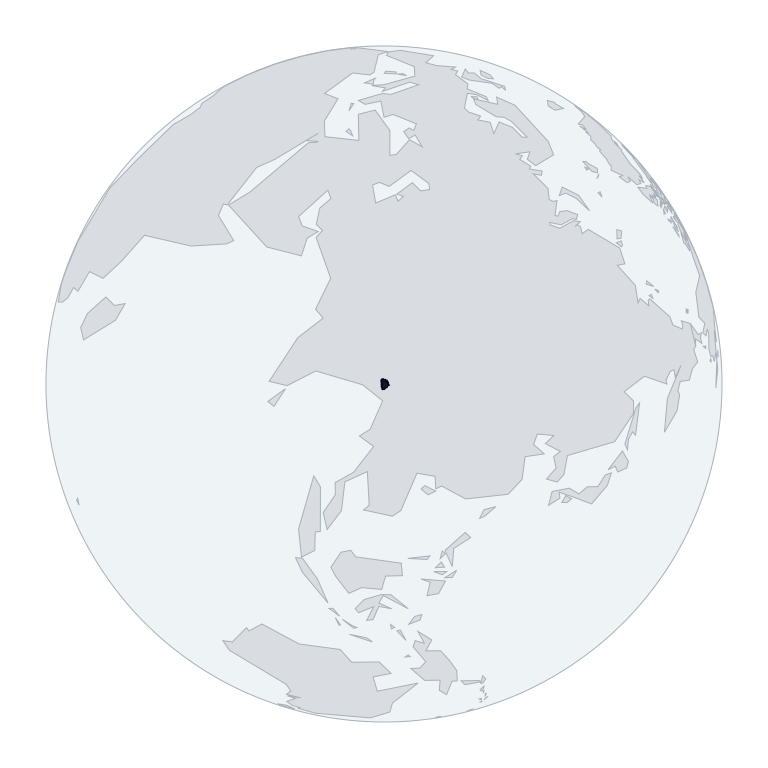 globe centered on Rajshahi, rotated 56°
{"feature_id": "BGD-3255", "entity_name": "Rajshahi", "entity_type": "Division", "adm_level": 1, "iso_a3": "BGD", "parent_name": "Bangladesh", "parent_adm1": "", "projection": "orthographic", "projection_center": [88.991, 24.559], "detail": "fine", "context": "on_globe", "style": "filled", "palette": "ink", "viewbox_px": 768, "rotation_deg": 56, "n_neighbors": 0, "source": "natural_earth", "source_scale": "10m", "svg_char_len": 12185}
<svg xmlns="http://www.w3.org/2000/svg" viewBox="0 0 768 768"><g transform="rotate(56 384 384)"><circle cx="384" cy="384" r="338" fill="#eef3f6" stroke="#a8b0b8"/><path d="M506.0,68.9L505.9,68.8L520.5,77.4L535.1,84.9L524.1,80.3L558.5,99.1L572.9,111.2L550.5,94.8L543.4,91.3L550.1,97.6L544.3,95.6L544.2,97.8L536.7,95.1L524.2,86.8L519.1,85.2L524.1,90.0L519.7,91.0L513.1,84.1L504.8,85.6L482.3,74.2L470.8,61.8L452.1,56.9L423.9,48.9L420.3,48.9L407.3,47.2L398.3,46.9L395.6,46.5L390.8,46.8L395.0,47.4L394.2,48.0L389.3,48.2L385.0,47.2L386.9,47.0L383.0,46.9L383.0,46.6L380.3,46.9L375.6,46.3L372.9,47.3L363.1,47.4L362.0,47.0L371.7,46.4L376.3,46.2L402.8,46.6L429.1,49.1L455.2,53.7L480.9,60.3L506.0,68.9ZM546.9,91.4L542.6,88.2L548.8,92.1L546.9,91.4ZM545.5,98.6L548.6,100.4L547.2,100.9L545.5,98.6ZM534.5,97.5L531.3,98.3L532.4,96.0L534.5,97.5ZM372.0,46.3L371.6,46.3L368.0,46.5L372.0,46.3ZM528.1,97.8L520.7,100.7L526.9,104.4L505.3,96.2L518.7,95.9L519.0,92.3L522.9,95.9L528.1,97.8ZM398.4,47.6L393.7,46.9L402.2,47.5L398.4,47.6ZM404.0,47.9L430.9,50.4L435.4,52.1L425.4,50.6L434.8,53.3L423.7,52.8L416.1,51.2L415.4,50.0L411.7,50.9L404.0,47.9ZM494.5,91.7L490.9,91.6L492.3,90.2L494.5,91.7ZM394.6,48.3L399.6,48.4L403.8,49.7L394.5,49.9L396.1,49.3L394.6,48.3ZM442.7,54.6L444.2,56.1L435.6,55.9L435.0,56.6L423.9,53.0L442.7,54.6ZM392.7,49.1L389.6,50.0L383.2,49.7L389.9,48.4L392.7,49.1ZM408.9,50.1L410.4,50.9L406.5,50.5L408.9,50.1ZM358.6,50.3L364.5,49.7L367.2,50.2L358.6,50.3ZM388.9,50.4L391.2,50.6L392.9,50.9L389.6,51.5L388.9,50.4ZM418.6,53.4L414.7,53.3L422.7,54.8L416.6,55.3L410.3,53.0L410.5,54.2L408.6,54.4L405.5,52.4L418.6,53.4ZM391.5,53.3L381.3,51.4L369.7,52.0L367.0,51.4L386.2,50.6L391.5,53.3ZM400.0,52.8L394.1,52.9L393.7,51.8L397.5,51.1L400.0,52.8ZM414.8,56.6L425.8,56.4L426.8,57.0L414.8,56.6ZM388.2,53.6L390.7,54.1L387.4,53.7L388.2,53.6ZM406.7,55.7L410.4,55.5L411.5,56.1L406.7,55.7ZM392.7,55.6L389.4,54.8L391.8,54.2L392.7,55.6ZM399.2,55.8L399.7,56.7L394.7,54.4L400.7,55.5L399.2,55.8ZM407.1,56.4L408.9,56.7L405.4,56.4L407.1,56.4ZM385.3,58.9L378.3,56.1L383.8,54.4L389.7,57.3L385.3,58.9ZM88.3,220.4L110.8,194.6L107.8,204.6L119.9,217.9L119.8,223.0L108.6,236.1L109.9,270.8L121.8,262.6L132.6,286.4L146.0,294.6L168.0,268.6L146.1,254.5L151.9,238.2L177.2,237.4L197.7,251.3L200.6,245.5L195.7,226.2L208.7,219.7L195.0,218.9L194.4,226.4L185.8,226.5L185.8,219.9L190.4,217.5L186.5,211.6L165.7,225.7L162.9,234.8L147.7,228.4L141.6,243.3L134.6,246.6L142.3,222.8L147.8,216.3L155.3,187.9L148.1,193.9L140.6,221.6L139.2,217.4L129.5,227.4L135.9,216.6L146.0,186.3L137.8,181.4L113.0,198.2L111.2,194.9L116.2,184.2L139.6,159.3L141.0,169.7L149.3,162.5L161.3,147.4L160.7,152.3L165.8,147.9L167.5,151.8L182.1,146.6L185.7,150.1L203.0,138.6L207.3,139.2L195.8,145.5L189.7,152.4L200.1,162.9L205.5,162.0L216.0,154.1L217.5,158.6L226.3,149.7L238.0,153.0L231.1,142.0L243.2,134.0L256.6,131.5L259.4,127.3L237.6,131.5L230.0,135.3L225.4,141.3L203.7,151.6L197.6,150.4L215.7,133.3L209.1,130.2L226.1,119.6L274.6,112.2L288.8,115.2L287.8,136.2L277.8,139.5L273.1,133.2L266.7,146.2L272.3,141.6L273.6,145.9L285.5,140.5L287.0,143.3L295.9,133.8L299.0,136.8L293.3,142.7L313.6,138.7L323.3,143.9L327.2,141.8L328.6,138.0L339.9,147.9L342.2,146.0L339.5,141.9L342.3,135.6L351.8,128.7L355.2,132.5L352.2,135.5L351.1,148.1L342.7,156.3L345.1,157.2L353.2,151.1L354.6,135.6L359.3,130.5L360.1,137.4L360.2,134.5L363.6,133.2L370.2,135.7L370.0,128.2L403.1,112.6L419.1,117.1L416.1,124.2L442.8,120.5L458.8,128.0L456.2,123.8L467.2,120.7L462.4,118.2L462.0,116.1L488.1,109.4L496.8,111.5L505.1,106.0L503.8,104.2L497.8,102.1L505.3,96.2L526.9,104.4L528.8,108.0L541.1,111.6L543.8,119.7L551.6,128.8L547.5,137.0L554.1,144.2L558.2,144.9L570.1,156.1L580.8,178.5L554.4,157.1L534.8,127.5L541.2,138.7L534.5,135.6L533.5,139.5L538.5,148.1L542.4,149.4L523.2,163.7L524.7,189.3L537.5,186.6L547.9,193.5L560.8,225.1L545.9,271.9L559.7,285.5L562.1,295.3L553.7,302.4L549.9,288.2L539.2,284.0L538.4,275.5L523.6,283.6L521.7,271.9L511.2,284.9L517.8,293.8L531.5,290.2L523.2,307.7L540.3,322.9L544.8,342.8L525.0,380.5L500.8,393.3L499.9,399.7L489.0,393.3L476.4,406.6L498.3,440.7L498.3,450.9L477.0,471.4L476.2,464.0L447.3,446.8L443.2,471.1L465.2,490.1L472.8,512.5L456.5,506.2L448.6,486.3L438.4,479.6L440.2,458.7L430.0,427.5L413.4,433.5L413.8,420.8L397.2,394.5L372.9,402.0L335.0,433.3L331.2,465.2L317.6,477.7L297.4,429.5L295.4,397.6L283.7,398.9L266.6,369.1L224.5,358.3L222.4,349.2L213.7,350.8L202.3,338.9L200.6,324.2L191.9,322.2L197.4,361.1L207.2,363.4L220.8,353.3L220.1,366.2L231.6,380.8L204.8,404.6L148.8,412.8L149.9,388.1L141.7,311.7L145.6,305.2L145.9,304.4L146.2,302.8L138.6,312.6L139.4,298.1L136.7,348.8L133.3,368.7L147.9,413.9L144.9,416.5L151.6,427.0L181.1,428.4L179.8,436.1L161.8,466.7L126.8,499.4L135.3,532.8L139.3,557.9L126.1,565.3L136.0,585.8L130.4,587.4L135.8,597.9L136.3,605.0L133.8,608.1L120.2,595.1L112.4,584.7L95.1,558.9L68.1,501.6L64.2,482.8L60.1,463.9L51.1,413.9L52.5,393.8L51.9,381.6L49.5,378.0L49.6,363.4L48.8,359.5L47.8,350.3L51.6,323.2L57.6,296.5L65.8,270.3L76.0,244.9L88.3,220.4ZM90.6,219.3L87.4,224.7L87.4,224.8L90.6,219.3ZM212.6,282.1L229.3,289.7L233.5,268.7L240.3,270.2L239.3,262.9L233.8,267.2L232.9,247.9L244.4,245.7L248.3,237.5L242.9,234.7L222.1,242.1L223.1,269.2L214.3,275.0L212.6,282.1ZM192.1,122.7L188.7,127.0L182.1,130.7L177.7,128.9L187.1,123.2L192.1,122.7ZM185.4,132.6L204.6,117.6L208.2,119.0L203.0,120.6L203.4,123.0L195.0,126.4L179.6,143.4L172.9,147.9L168.3,140.5L173.5,140.0L176.5,135.4L185.4,132.6ZM247.5,85.3L255.9,81.1L252.7,89.1L245.3,92.3L240.3,89.9L246.2,85.0L247.5,85.3ZM348.7,48.3L352.1,47.8L353.3,47.9L351.4,48.3L348.7,48.3ZM341.4,48.8L343.7,48.5L346.1,48.2L350.1,47.8L342.8,48.6L342.9,49.0L345.6,48.9L360.1,48.3L379.4,47.4L382.6,48.5L379.7,49.5L375.5,49.8L374.7,48.8L369.7,50.1L365.5,49.0L361.1,49.9L335.1,51.1L337.7,50.4L319.3,53.2L319.0,52.6L330.9,50.6L316.9,52.8L327.5,50.8L327.3,50.9L341.4,48.8ZM343.8,73.1L344.6,69.7L333.8,76.1L329.5,73.3L328.5,74.3L321.6,73.8L311.4,75.1L310.9,73.5L307.2,74.8L302.5,74.8L297.2,76.1L294.4,74.1L287.7,75.8L290.1,74.0L279.4,77.5L286.1,74.1L280.7,74.4L277.0,77.6L274.6,67.9L268.4,68.0L259.5,70.4L272.3,65.3L288.8,60.4L305.1,57.2L309.2,58.5L314.3,56.5L317.7,56.7L312.3,58.2L322.7,56.1L324.1,56.9L338.7,56.8L352.8,54.4L358.5,54.8L353.7,56.1L362.7,55.6L357.4,58.5L361.4,59.0L360.1,62.9L348.5,65.9L353.7,66.3L353.0,69.8L343.8,73.1ZM384.5,59.9L371.6,63.1L362.9,63.5L368.7,56.7L365.9,55.9L369.4,52.6L381.9,52.3L379.8,53.2L380.6,54.1L376.3,53.8L380.4,54.7L377.6,56.1L379.9,57.4L375.1,57.9L384.5,59.9ZM125.6,220.2L126.6,222.8L129.5,225.2L123.4,231.9L125.6,220.2ZM132.0,199.5L133.8,200.3L126.6,210.0L125.6,207.7L132.0,199.5ZM141.0,192.9L134.5,199.6L137.4,194.6L141.0,192.9ZM198.1,146.2L200.7,147.0L198.6,149.2L194.3,151.2L198.1,146.2ZM310.7,94.7L312.6,91.9L314.9,91.7L324.5,86.7L328.5,88.8L324.2,92.7L310.7,94.7ZM160.7,271.2L153.3,274.2L152.8,270.3L155.5,270.0L160.7,271.2ZM134.7,252.3L137.8,260.2L133.0,254.1L134.7,252.3ZM316.6,96.2L320.1,93.7L320.0,96.4L316.6,96.2ZM331.9,90.2L332.7,92.8L330.1,88.5L331.9,90.2ZM307.4,701.8L313.9,704.5L308.5,703.8L307.4,701.8ZM181.0,570.8L179.4,608.4L167.6,603.9L159.7,590.3L156.4,565.9L168.2,563.6L172.5,553.7L181.0,570.8ZM550.5,555.0L559.3,554.8L558.9,556.2L550.5,555.0ZM541.4,551.8L551.7,550.6L539.4,555.0L541.4,551.8ZM555.7,550.1L566.1,545.7L570.7,542.7L569.7,545.7L555.7,550.1ZM534.3,552.9L494.6,556.9L478.6,554.5L482.6,549.1L508.5,548.2L534.3,552.9ZM481.3,549.1L456.5,536.0L420.9,493.6L433.7,494.2L470.6,519.2L468.3,523.8L483.3,534.5L481.3,549.1ZM540.3,516.4L537.9,530.2L516.2,531.6L506.2,530.5L499.4,513.8L503.2,504.6L511.5,504.1L542.2,469.9L553.2,475.9L544.1,490.1L553.0,500.8L540.3,516.4ZM332.8,468.3L341.0,487.7L333.5,490.1L332.8,468.3ZM553.6,446.4L541.9,461.8L552.2,442.0L553.6,446.4ZM559.1,428.2L560.3,435.1L554.9,429.1L559.1,428.2ZM500.5,409.5L491.8,411.9L491.1,406.9L501.8,401.0L500.5,409.5ZM548.2,359.8L549.9,374.5L548.9,379.8L544.1,371.4L548.2,359.8ZM355.4,116.7L337.6,120.8L327.4,126.5L325.8,133.4L320.4,126.1L336.2,117.2L355.4,116.7ZM396.8,112.4L398.2,107.2L402.7,109.0L403.0,110.4L396.8,112.4ZM394.0,109.6L386.2,104.6L390.2,101.4L395.6,106.0L394.0,109.6ZM350.8,98.7L345.2,99.6L345.5,97.3L350.8,98.7ZM589.5,651.1L595.8,644.4L603.7,639.4L594.9,647.3L589.5,651.1ZM578.1,633.1L518.2,661.1L506.7,661.1L513.0,653.9L509.1,634.2L513.2,634.1L514.7,619.4L552.0,599.8L579.7,568.7L596.6,566.4L611.7,543.5L627.8,540.0L620.8,556.9L635.0,561.3L651.0,522.9L653.2,555.4L659.2,562.6L653.2,582.0L618.7,624.8L604.9,636.5L605.2,634.7L598.7,640.0L592.8,642.0L595.2,633.3L588.5,638.4L597.5,628.6L586.7,638.4L586.3,632.9L578.1,633.1ZM690.6,523.7L691.2,523.2L690.3,526.7L689.3,528.0L690.6,523.7ZM702.2,495.7L701.9,497.2L701.4,498.6L702.2,495.7ZM702.0,495.6L703.5,491.1L702.5,494.8L702.0,495.6ZM700.9,482.7L702.0,480.0L702.1,481.1L700.9,482.7ZM572.2,552.6L585.0,540.1L591.4,537.9L572.2,552.6ZM700.4,479.8L698.3,481.3L698.8,479.2L700.4,479.8ZM701.1,475.0L701.2,472.4L701.7,477.8L701.1,475.0ZM697.7,472.2L699.8,475.0L697.3,473.1L697.7,472.2ZM695.9,474.3L694.0,473.6L694.2,472.6L695.9,474.3ZM668.5,493.9L676.5,505.9L668.9,509.4L660.9,503.1L652.5,516.0L634.8,520.8L639.5,513.3L637.7,504.7L618.1,506.8L614.2,501.7L621.5,495.6L608.0,494.2L622.9,487.5L628.6,498.6L636.8,486.3L650.0,484.3L662.2,483.9L671.0,489.2L668.5,493.9ZM622.1,515.4L624.6,514.7L622.1,519.1L622.1,515.4ZM690.3,469.5L693.1,473.5L692.6,475.2L691.1,475.3L690.3,469.5ZM673.2,486.1L683.1,470.9L685.2,469.9L678.5,485.0L673.2,486.1ZM681.1,465.3L685.3,464.5L687.2,469.2L686.2,471.3L681.1,465.3ZM591.8,511.3L591.1,514.9L587.0,513.0L591.8,511.3ZM597.1,508.0L608.9,509.1L595.9,511.3L597.1,508.0ZM559.0,502.9L562.7,510.7L574.7,503.3L565.5,512.6L573.2,524.9L570.3,530.5L562.8,517.1L559.4,532.9L554.1,533.5L551.6,520.8L557.2,503.8L562.5,496.2L583.8,489.6L559.0,502.9ZM597.1,497.8L593.9,488.6L596.2,481.5L599.8,486.0L597.1,497.8ZM583.6,466.6L574.2,456.6L566.2,462.5L581.7,443.3L588.3,456.0L583.6,466.6ZM574.7,442.4L567.3,447.7L574.5,436.9L574.7,442.4ZM565.1,444.1L563.6,436.1L569.7,436.2L565.1,444.1ZM578.6,442.0L579.0,427.9L582.6,435.5L578.6,442.0ZM559.3,418.1L573.6,429.5L556.1,426.5L552.5,399.7L559.7,398.0L559.3,418.1ZM581.6,302.9L578.2,295.7L584.0,292.7L584.7,298.5L581.6,302.9ZM599.5,279.0L584.4,289.7L571.7,299.3L577.0,301.9L576.6,315.4L567.1,304.7L574.0,288.6L584.1,283.8L582.9,272.9L588.7,264.2L583.2,251.4L584.8,245.2L592.9,255.5L599.5,279.0ZM580.4,246.2L572.9,223.8L585.0,224.7L589.3,229.7L587.7,239.4L581.4,238.3L580.4,246.2ZM574.7,218.9L568.5,217.9L544.6,188.4L542.6,182.7L567.1,204.1L562.7,204.6L566.4,212.1L574.7,218.9ZM493.5,93.4L491.1,91.7L494.9,92.9L493.5,93.4ZM459.0,114.9L459.1,112.2L463.6,113.2L459.0,114.9ZM461.7,105.8L456.6,106.4L460.6,104.1L461.7,105.8ZM445.5,108.4L453.9,105.9L447.9,110.7L445.5,108.4Z" fill="#d9dde1" stroke="#a8b0b8" stroke-width="1"/><path d="M382.6,386.2L382.7,385.9L382.6,385.6L382.5,385.4L382.3,385.3L382.2,385.3L382.1,385.6L381.7,385.5L381.4,385.5L381.2,385.4L380.8,385.1L379.4,384.4L379.2,384.2L379.1,383.8L379.1,383.7L378.9,383.5L378.8,383.3L378.9,383.2L379.0,382.8L379.1,382.7L379.3,382.6L379.3,382.4L379.5,382.3L379.4,382.2L379.3,381.9L379.6,381.7L379.8,381.7L379.9,381.8L380.0,382.0L380.3,382.2L380.5,382.0L380.7,381.7L380.8,381.6L380.8,381.4L381.0,381.1L381.0,380.7L381.0,380.4L381.2,380.2L381.3,380.3L381.5,380.3L381.8,380.4L382.1,380.3L382.3,380.3L382.6,380.4L382.9,380.4L383.0,380.3L383.0,380.2L383.1,380.3L383.5,380.4L383.7,380.2L383.9,379.8L384.0,379.8L384.0,379.7L383.9,379.6L384.4,379.6L385.0,379.6L385.3,379.9L385.4,380.2L385.6,380.4L385.9,380.2L386.2,380.2L386.8,380.4L387.3,380.4L387.7,380.4L387.6,380.8L387.6,381.1L387.5,381.6L387.7,382.3L387.8,382.5L388.1,382.7L388.2,382.8L388.3,382.9L388.3,383.0L388.3,383.4L388.3,383.5L388.2,383.8L388.2,384.0L388.2,384.3L388.1,384.5L388.1,385.1L388.1,385.4L388.1,385.6L388.3,385.9L388.4,386.0L388.5,386.1L388.5,386.3L388.5,386.5L388.4,386.8L388.4,387.0L387.8,387.4L387.8,387.6L387.7,387.7L387.8,387.8L387.8,388.1L387.7,388.2L387.4,388.2L387.1,388.4L386.9,388.4L386.7,388.2L386.1,387.9L385.9,387.8L385.8,387.7L385.6,387.7L385.1,387.7L384.9,387.7L384.7,387.6L384.5,387.4L384.4,387.3L384.4,387.2L384.3,386.9L384.2,386.7L383.9,386.4L383.7,386.3L383.2,386.6L382.9,386.5L382.7,386.4L382.6,386.2L382.6,386.2Z" fill="#0f172a" stroke="#020617" stroke-width="1.5"/></g></svg>